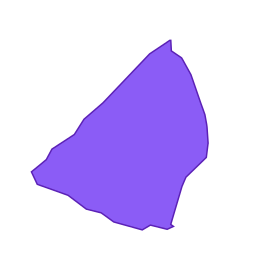 Barnard Hill, Castries, Saint Lucia, rotated 104°
{"feature_id": "8701671B17450854784889", "entity_name": "Barnard Hill", "entity_type": "district", "adm_level": 2, "iso_a3": "LCA", "parent_name": "Saint Lucia", "parent_adm1": "Castries", "projection": "natural_earth1", "projection_center": [-60.989, 14.014], "detail": "fine", "context": "isolated", "style": "filled", "palette": "violet", "viewbox_px": 256, "rotation_deg": 104, "n_neighbors": 0, "source": "geoboundaries", "source_scale": "gbopen_adm2", "svg_char_len": 595}
<svg xmlns="http://www.w3.org/2000/svg" viewBox="0 0 256 256"><g transform="rotate(104 128 128)"><path d="M212.5,60.1L211.2,63.2L198.9,62.7L171.6,61.5L165.3,60.5L161.7,59.9L156.9,56.9L137.6,44.9L124.6,46.5L123.4,46.6L107.9,51.6L105.4,52.6L96.5,56.6L90.9,60.3L86.6,63.2L61.1,79.8L48.4,91.6L47.0,93.0L42.7,104.6L32.6,107.7L32.8,108.6L50.8,124.9L109.7,158.4L130.1,172.8L147.3,178.5L166.9,196.7L178.4,199.6L186.7,205.7L193.9,211.1L204.6,202.4L207.8,169.9L216.8,148.8L216.8,133.5L222.6,119.1L223.4,89.5L216.8,82.8L216.8,65.5L212.5,60.1Z" fill="#8b5cf6" stroke="#5b21b6" stroke-width="1.5"/></g></svg>